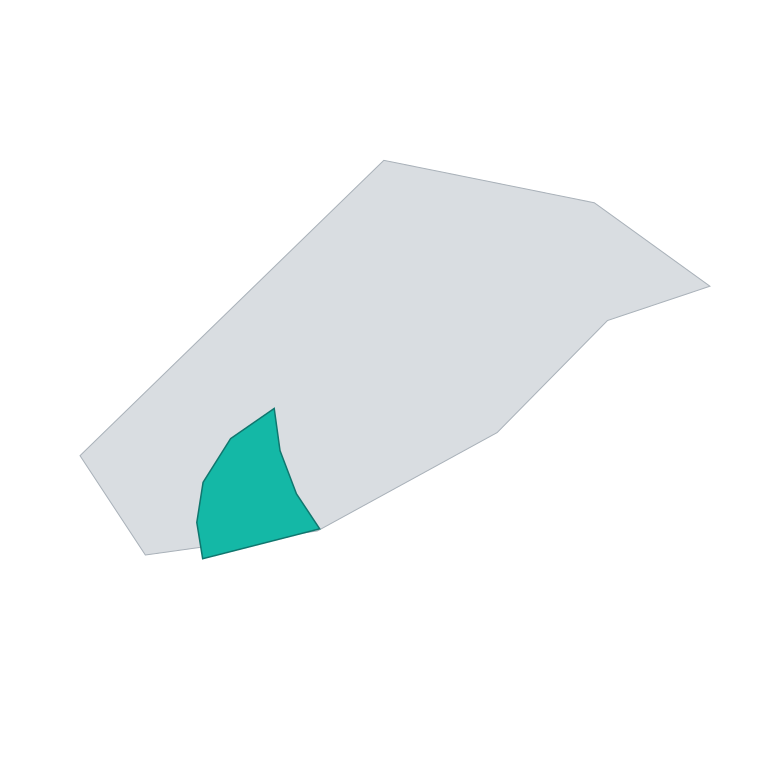 Grenada, with Saint Mark highlighted, rotated 220°
{"feature_id": "GRD-5074", "entity_name": "Saint Mark", "entity_type": "Parish", "adm_level": 1, "iso_a3": "GRD", "parent_name": "Grenada", "parent_adm1": "", "projection": "natural_earth1", "projection_center": [-61.681, 12.191], "detail": "fine", "context": "in_parent", "style": "filled", "palette": "teal", "viewbox_px": 768, "rotation_deg": 220, "n_neighbors": 0, "source": "natural_earth", "source_scale": "10m", "svg_char_len": 448}
<svg xmlns="http://www.w3.org/2000/svg" viewBox="0 0 768 768"><g transform="rotate(220 384 384)"><path d="M339.4,658.0L197.2,668.4L253.6,576.3L266.1,419.6L340.6,228.6L456.9,99.6L570.8,133.7L527.9,555.2L339.4,658.0Z" fill="#d9dde1" stroke="#a8b0b8" stroke-width="1"/><path d="M340.2,231.7L410.6,133.6L438.4,157.6L459.4,192.4L466.4,243.6L452.4,294.7L420.8,266.1L380.5,243.6L340.2,231.7Z" fill="#14b8a6" stroke="#0f766e" stroke-width="1.5"/></g></svg>